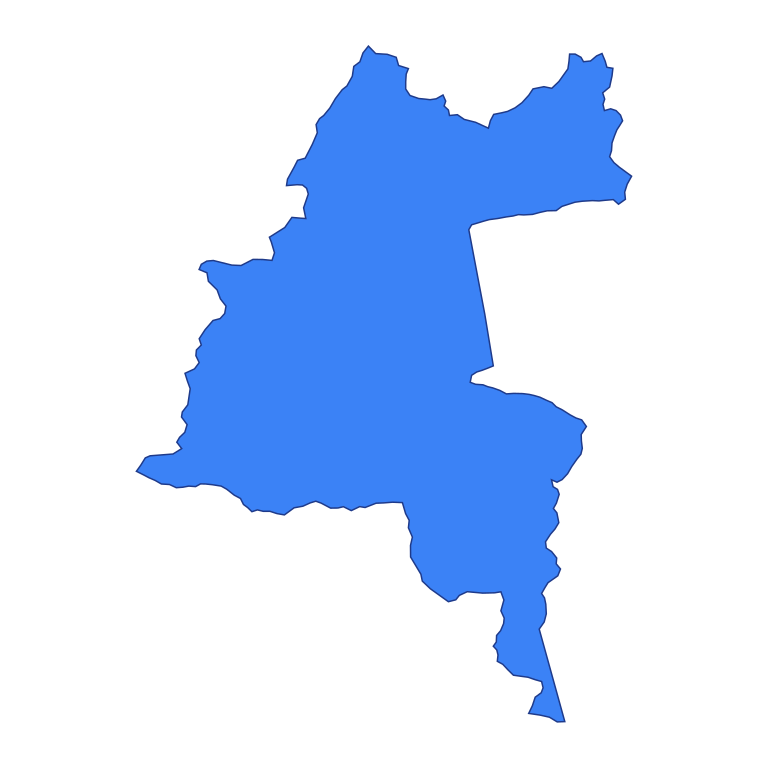 Conceição, Paraíba, Brazil (orthographic projection)
{"feature_id": "56859067B61487364475806", "entity_name": "Conceição", "entity_type": "district", "adm_level": 2, "iso_a3": "BRA", "parent_name": "Brazil", "parent_adm1": "Paraíba", "projection": "orthographic", "projection_center": [-38.514, -7.528], "detail": "fine", "context": "isolated", "style": "filled", "palette": "blue", "viewbox_px": 768, "rotation_deg": 0, "n_neighbors": 0, "source": "geoboundaries", "source_scale": "gbopen_adm2", "svg_char_len": 3761}
<svg xmlns="http://www.w3.org/2000/svg" viewBox="0 0 768 768"><path d="M136.4,471.3L144.0,475.1L148.9,477.7L155.1,480.4L161.4,484.0L169.5,484.5L176.3,487.7L182.9,487.2L188.8,486.1L195.6,486.6L200.5,483.9L205.7,484.0L212.3,484.7L221.2,486.1L226.7,489.2L234.3,495.2L240.5,498.5L243.5,504.5L247.7,507.6L251.9,511.7L257.4,509.9L263.2,511.3L269.9,511.3L277.0,513.6L284.4,514.9L294.1,507.8L302.9,506.2L310.2,502.9L315.8,501.2L321.1,503.1L330.6,508.1L337.9,508.0L343.4,506.7L351.3,510.6L359.7,506.6L365.1,507.5L376.1,503.2L383.7,502.9L392.6,502.2L402.4,502.6L405.6,513.6L409.2,520.4L408.4,527.8L412.4,537.1L410.5,545.4L410.6,557.0L420.9,574.2L422.3,581.1L430.4,588.8L448.4,601.7L455.8,599.8L459.3,595.4L467.2,591.7L482.7,593.1L494.7,592.8L500.9,591.8L503.9,600.0L500.9,610.8L504.2,618.1L503.6,623.6L500.6,630.7L496.6,635.4L496.3,642.0L493.3,646.2L496.8,650.0L498.0,655.0L497.3,661.3L502.8,664.3L508.0,669.9L513.4,675.2L521.9,676.4L527.9,677.2L535.2,679.7L541.6,681.5L543.1,687.8L541.2,692.8L535.2,697.2L532.4,705.7L528.7,713.4L540.1,715.1L549.4,717.2L557.2,721.9L564.8,721.6L539.2,629.1L544.2,622.0L546.3,613.8L545.8,604.2L544.5,597.9L541.6,593.5L544.9,587.7L548.0,582.7L557.8,575.8L560.5,569.0L556.2,563.8L556.7,558.0L551.7,551.7L546.3,548.1L545.5,541.8L550.5,534.2L555.0,529.0L558.8,522.7L556.9,512.9L553.4,508.5L556.4,503.1L559.2,494.3L557.5,489.4L553.1,486.7L551.5,479.8L557.0,482.2L562.1,479.6L567.6,473.7L571.7,466.6L576.9,459.2L580.9,454.2L582.3,448.4L581.4,440.9L581.2,434.5L586.4,426.5L581.7,419.9L576.0,418.0L570.0,414.8L562.5,410.0L556.2,406.8L552.1,402.7L546.3,400.2L539.9,397.2L534.1,395.5L529.2,394.4L522.7,393.6L513.7,393.4L506.4,393.9L499.8,390.4L492.8,387.9L487.8,386.7L483.0,384.8L475.6,384.3L470.2,382.3L471.6,375.3L476.7,372.0L482.1,370.3L487.9,368.1L493.3,365.9L484.8,314.3L478.4,280.5L468.8,229.7L471.6,224.8L477.9,222.9L483.5,221.2L489.3,219.6L497.7,218.5L506.4,216.9L513.0,216.0L518.4,214.6L523.8,214.9L532.5,214.4L539.9,212.4L547.2,210.8L556.2,210.6L561.9,206.4L568.7,204.2L575.0,202.2L582.5,201.2L592.4,200.6L599.0,200.9L604.9,200.3L613.3,199.6L618.5,204.2L625.4,199.3L624.7,192.1L627.2,184.2L631.6,176.2L625.3,171.6L619.3,167.2L613.9,162.6L609.6,156.7L611.5,150.7L612.0,143.0L614.5,135.8L616.9,129.8L619.7,125.5L622.6,120.8L620.5,115.1L616.1,110.6L610.7,108.8L604.4,110.6L603.0,104.3L604.7,99.1L602.7,92.8L609.6,87.1L612.0,76.0L612.9,68.3L606.9,67.3L605.2,61.2L602.0,53.5L596.6,55.9L590.5,61.0L583.5,61.7L581.0,57.3L575.2,54.1L569.6,54.1L569.0,61.2L567.9,68.9L558.9,81.5L551.8,88.3L543.9,86.7L533.0,88.9L528.8,95.2L522.0,102.7L515.1,107.8L507.6,111.4L501.7,112.8L493.7,114.4L490.4,120.7L488.4,128.2L475.6,122.3L464.2,119.4L457.4,114.7L449.5,115.5L448.4,110.0L444.1,106.0L445.7,101.1L443.0,95.0L436.2,98.8L430.1,99.7L425.0,99.1L418.7,98.5L410.0,95.5L405.7,89.0L405.7,81.8L406.2,74.1L408.4,68.6L398.6,65.5L396.2,57.3L387.2,54.3L375.7,53.6L368.4,46.1L363.0,52.9L359.9,61.8L353.8,66.4L352.3,76.3L346.9,86.0L342.2,89.7L335.4,98.6L329.8,108.1L323.7,115.5L319.6,118.6L316.1,124.6L317.3,132.8L312.3,144.4L305.2,158.2L297.6,160.3L294.1,167.2L287.5,179.2L286.5,185.6L297.1,184.7L302.5,185.0L306.6,188.3L308.3,194.0L303.6,207.8L305.8,218.5L300.9,218.2L291.9,217.4L284.8,227.5L269.4,237.2L271.3,242.0L274.5,252.8L272.0,260.4L262.6,259.5L253.0,259.4L241.1,265.5L231.8,265.1L213.3,260.5L206.8,261.1L201.3,264.3L199.1,269.5L207.0,272.8L208.4,281.3L217.1,289.9L220.4,298.9L226.0,306.1L224.7,313.5L220.1,318.6L213.0,320.5L205.1,329.7L199.2,338.7L201.3,345.0L196.4,350.0L195.9,355.7L199.2,362.6L194.5,368.9L185.0,373.3L187.4,381.0L190.2,388.7L187.8,404.8L182.3,412.0L181.5,417.0L187.1,424.6L184.8,432.3L179.6,437.3L176.8,442.2L181.7,448.6L173.0,454.0L150.1,455.8L145.3,457.9L140.7,465.3L136.4,471.3Z" fill="#3b82f6" stroke="#1e3a8a" stroke-width="1.5"/></svg>